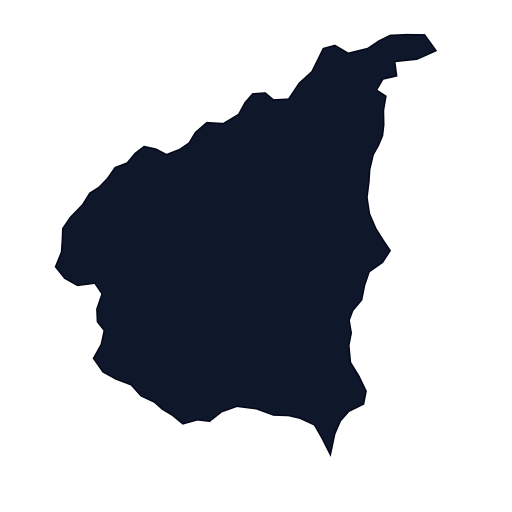 Raposos, Minas Gerais, Brazil (Robinson projection), rotated 84°
{"feature_id": "56859067B47566080265166", "entity_name": "Raposos", "entity_type": "district", "adm_level": 2, "iso_a3": "BRA", "parent_name": "Brazil", "parent_adm1": "Minas Gerais", "projection": "robinson", "projection_center": [-43.787, -19.978], "detail": "fine", "context": "isolated", "style": "filled", "palette": "ink", "viewbox_px": 512, "rotation_deg": 84, "n_neighbors": 0, "source": "geoboundaries", "source_scale": "gbopen_adm2", "svg_char_len": 1345}
<svg xmlns="http://www.w3.org/2000/svg" viewBox="0 0 512 512"><g transform="rotate(84 256 256)"><path d="M461.4,202.8L441.2,196.3L428.8,189.3L420.2,180.0L414.5,164.5L401.9,160.6L386.3,166.2L371.7,173.2L354.5,173.0L342.5,169.3L329.6,170.1L320.3,165.5L310.7,155.5L296.5,151.1L283.5,145.1L275.5,130.8L264.7,122.0L254.2,127.6L241.4,133.9L225.8,138.8L209.4,139.5L193.8,135.9L182.0,133.9L167.4,128.8L158.8,122.7L149.5,117.6L138.8,115.2L124.5,114.0L110.6,110.1L103.6,118.9L93.3,111.3L91.6,97.3L77.1,97.7L77.1,75.4L70.6,55.5L53.7,65.2L51.6,82.9L50.6,99.4L54.8,110.9L61.3,123.2L64.0,143.1L54.8,155.5L56.7,167.4L65.7,173.0L78.6,181.2L88.5,194.8L103.4,207.2L102.6,222.3L94.8,229.8L94.4,242.4L102.4,250.9L113.3,258.4L120.9,274.7L118.2,291.0L126.8,303.3L136.5,310.6L142.0,320.6L145.8,334.4L139.2,344.4L135.4,355.8L141.3,365.5L150.0,374.4L153.3,386.8L163.4,395.6L171.2,404.8L176.1,414.7L186.8,423.0L198.2,436.6L208.5,445.3L220.3,447.0L231.7,449.0L245.8,456.5L258.2,448.5L266.6,436.6L266.2,419.1L277.6,413.0L292.1,419.8L304.8,420.6L314.2,414.7L327.7,419.1L340.8,428.3L355.3,420.3L363.9,407.9L371.1,393.6L383.1,384.9L390.7,372.3L398.7,365.0L405.6,355.8L415.3,346.3L412.8,331.5L415.5,319.4L407.3,306.5L403.5,290.7L408.0,271.5L416.0,255.3L418.1,240.2L421.9,229.3L430.1,215.5L444.0,209.4L461.4,202.8Z" fill="#0f172a" stroke="#020617" stroke-width="1.5"/></g></svg>